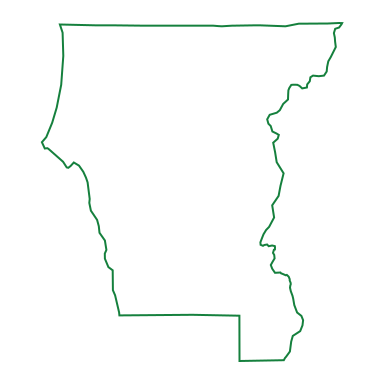 Del Norte, California, United States of America (Mercator projection)
{"feature_id": "52423323B27137211377014", "entity_name": "Del Norte", "entity_type": "district", "adm_level": 2, "iso_a3": "USA", "parent_name": "United States of America", "parent_adm1": "California", "projection": "mercator", "projection_center": [-123.792, 41.691], "detail": "fine", "context": "isolated", "style": "outline", "palette": "green", "viewbox_px": 384, "rotation_deg": 0, "n_neighbors": 0, "source": "geoboundaries", "source_scale": "gbopen_adm2", "svg_char_len": 1909}
<svg xmlns="http://www.w3.org/2000/svg" viewBox="0 0 384 384"><path d="M59.9,24.5L62.6,32.7L63.3,55.9L61.2,84.8L56.7,107.6L52.2,122.7L46.3,137.1L41.9,142.2L44.8,148.5L47.4,148.2L48.5,148.9L63.1,161.8L66.7,167.4L68.3,167.8L70.6,166.0L73.8,162.5L79.0,165.6L83.3,171.8L86.0,177.7L87.6,182.4L89.7,199.0L89.3,202.9L90.9,210.7L97.1,219.9L98.8,226.2L99.5,232.8L104.9,240.5L106.4,249.9L104.8,253.6L104.9,258.7L108.4,267.1L112.7,270.3L112.9,290.2L115.1,295.3L119.1,312.4L119.4,315.4L192.5,314.8L239.4,315.7L239.5,361.0L283.8,360.2L285.0,358.0L286.2,356.6L289.9,351.5L291.2,341.6L292.8,335.9L300.2,331.1L302.5,325.3L303.1,320.2L301.4,315.9L297.1,312.5L294.3,305.1L293.2,298.7L292.5,295.8L290.8,291.2L290.0,287.7L290.3,285.5L290.7,284.5L290.7,283.1L290.3,282.0L289.7,280.5L289.7,279.2L288.7,276.7L286.8,274.9L285.8,275.3L282.6,273.9L281.0,273.3L280.4,272.5L278.9,272.6L275.0,272.8L272.2,268.7L270.8,265.0L272.7,261.6L274.6,258.4L274.2,254.9L273.0,252.9L273.9,249.8L274.9,249.5L275.0,247.1L274.8,246.1L272.1,245.5L268.7,246.2L267.1,244.5L264.3,245.0L263.0,245.8L260.6,244.8L260.4,242.3L262.0,238.1L263.5,234.3L266.1,230.0L269.1,226.9L274.1,217.5L272.2,205.3L278.6,195.9L280.5,185.8L283.6,173.3L276.7,162.2L275.1,152.2L273.2,142.7L277.7,138.7L278.8,134.9L276.5,133.5L272.4,131.5L270.7,126.0L268.4,123.7L267.2,119.3L269.7,114.8L276.8,112.7L279.8,110.2L283.2,103.9L288.0,99.5L288.2,93.8L288.4,90.3L289.3,88.0L291.3,84.9L293.4,84.7L297.3,84.8L299.5,85.9L302.2,88.4L306.9,87.5L307.2,84.4L309.8,81.2L310.4,77.3L313.0,75.6L318.8,76.2L324.0,75.6L326.7,71.5L327.1,67.0L328.3,61.3L330.8,57.0L333.4,51.8L335.8,47.0L335.1,41.6L334.8,37.5L333.9,33.1L335.2,28.8L339.1,27.5L341.5,24.3L342.1,23.1L339.1,23.0L328.0,23.5L298.7,23.7L285.5,26.3L259.3,25.3L256.6,25.3L231.7,25.7L221.7,26.3L218.6,26.1L218.4,26.1L213.5,25.7L145.5,25.7L110.8,25.3L110.3,25.3L105.2,25.3L94.7,25.3L59.9,24.5Z" fill="none" stroke="#15803d" stroke-width="2"/></svg>